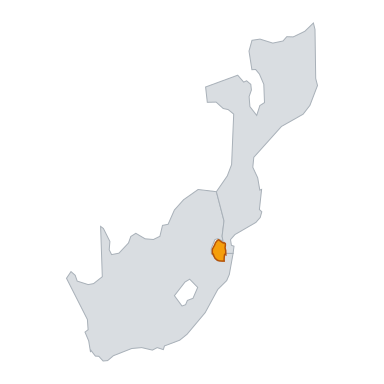 map of eSwatini with South Africa and Mozambique greyed out
{"feature_id": "SWZ", "entity_name": "eSwatini", "entity_type": "country or territory", "adm_level": 0, "iso_a3": "SWZ", "parent_name": "Africa", "parent_adm1": "", "projection": "equal_earth", "projection_center": [31.569, -26.526], "detail": "fine", "context": "with_neighbors", "style": "filled", "palette": "amber", "viewbox_px": 384, "rotation_deg": 0, "n_neighbors": 2, "source": "natural_earth", "source_scale": "50m", "svg_char_len": 2174}
<svg xmlns="http://www.w3.org/2000/svg" viewBox="0 0 384 384"><path d="M66.5,278.3L71.0,271.6L75.2,275.3L77.2,281.1L88.2,284.6L93.6,283.6L102.3,276.7L100.6,226.4L103.4,228.5L109.9,241.5L109.2,249.8L111.6,254.6L118.9,253.2L128.5,243.0L130.8,236.5L135.8,233.3L145.1,238.8L153.4,239.5L159.9,236.3L162.5,225.4L168.1,224.3L174.4,210.0L183.6,199.7L198.1,189.5L216.4,191.7L224.0,220.9L222.1,236.2L223.0,241.2L217.8,238.6L214.9,239.6L211.2,248.7L211.3,253.4L217.4,260.8L223.3,259.3L225.4,253.3L233.1,253.4L229.3,274.5L226.7,280.6L217.8,289.4L205.2,312.6L187.1,334.2L179.7,340.2L164.5,345.9L163.3,349.6L157.2,347.6L152.4,350.1L141.7,347.6L131.7,348.5L113.4,355.7L107.6,360.6L103.1,361.0L98.8,356.3L95.4,356.1L90.9,350.3L90.5,352.1L88.7,340.9L85.0,332.1L88.1,329.7L87.4,319.5L66.5,278.3ZM197.7,287.4L189.7,279.2L185.0,282.0L174.4,295.7L182.0,306.0L185.6,304.7L187.4,300.4L193.0,298.3L197.7,287.4Z" fill="#d9dde1" stroke="#a8b0b8" stroke-width="1"/><path d="M252.0,40.3L260.0,39.1L272.8,43.1L283.0,41.0L286.8,36.7L293.2,36.9L304.8,31.3L313.4,23.0L315.0,29.5L315.7,78.5L317.5,85.5L309.9,105.4L303.1,114.2L281.5,126.4L253.8,157.3L252.8,167.3L257.7,177.8L259.8,190.1L261.6,189.4L259.4,209.5L261.8,211.8L260.2,217.5L255.9,222.4L235.0,234.5L230.5,239.6L231.4,245.3L234.0,246.2L233.1,253.4L225.4,253.3L222.1,236.2L224.0,220.9L216.4,191.7L227.3,175.9L231.6,164.6L233.7,114.1L228.2,109.6L223.2,108.5L216.1,102.1L207.3,102.3L205.6,87.0L237.7,75.2L243.7,82.1L246.6,80.8L250.8,84.4L251.4,90.0L249.1,96.6L249.9,106.6L256.7,115.4L259.9,105.5L264.5,102.6L263.8,84.3L259.4,74.0L255.6,69.5L251.9,69.7L249.0,51.1L252.0,40.3Z" fill="#d9dde1" stroke="#a8b0b8" stroke-width="1"/><path d="M224.1,242.7L224.3,242.9L225.3,243.5L225.4,244.8L225.3,246.2L225.1,247.1L225.1,248.0L225.4,249.4L225.7,250.4L225.8,254.7L225.5,254.5L224.9,254.3L224.6,254.4L224.3,256.4L224.1,259.3L224.2,261.1L222.0,261.1L219.2,260.9L217.3,260.2L215.1,258.4L213.8,255.8L213.3,254.1L212.5,254.0L212.4,253.7L212.3,251.7L212.3,249.5L212.5,248.9L213.9,246.3L214.8,244.6L215.3,243.0L216.6,241.2L217.9,240.0L218.4,239.8L218.7,239.8L221.0,241.5L223.3,243.0L223.9,242.9L224.1,242.7Z" fill="#f59e0b" stroke="#b45309" stroke-width="1.5"/></svg>